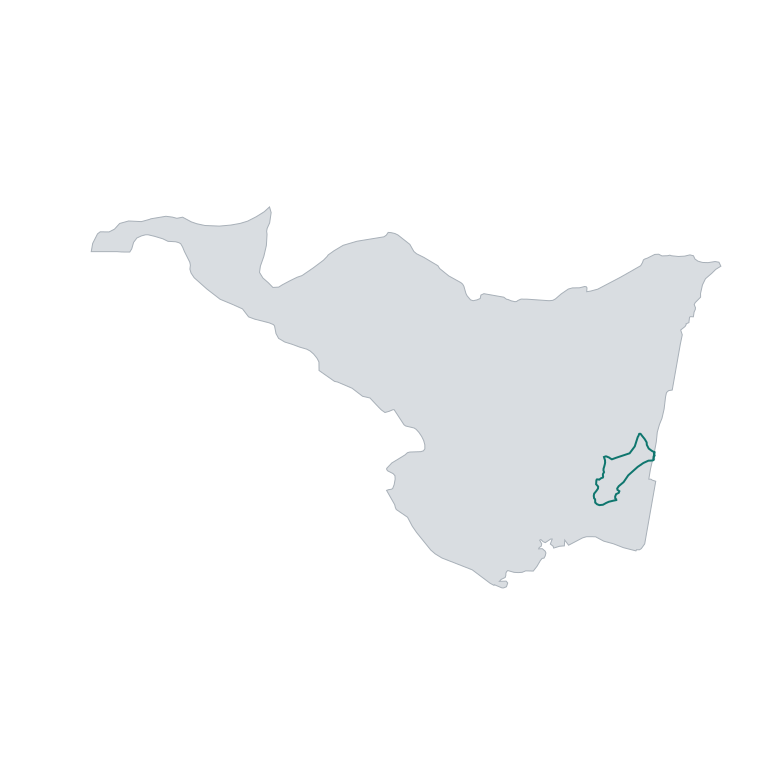 location of Mvila, Sud, Cameroon, rotated 280°
{"feature_id": "32672807B58704883317804", "entity_name": "Mvila", "entity_type": "district", "adm_level": 2, "iso_a3": "CMR", "parent_name": "Cameroon", "parent_adm1": "Sud", "projection": "natural_earth1", "projection_center": [11.499, 2.757], "detail": "fine", "context": "in_parent", "style": "outline", "palette": "teal", "viewbox_px": 768, "rotation_deg": 280, "n_neighbors": 0, "source": "geoboundaries", "source_scale": "gbopen_adm2", "svg_char_len": 5212}
<svg xmlns="http://www.w3.org/2000/svg" viewBox="0 0 768 768"><g transform="rotate(280 384 384)"><path d="M204.8,527.3L206.2,523.1L216.3,503.2L222.7,471.3L225.6,463.9L228.6,458.9L243.4,441.9L248.9,436.5L256.9,430.3L262.5,417.9L264.4,416.6L267.0,415.5L279.7,405.0L280.8,407.0L281.6,409.5L282.6,410.7L286.7,411.5L292.3,411.5L295.6,410.7L297.3,408.6L299.1,402.7L300.1,401.6L301.4,401.3L307.6,405.4L317.8,417.0L320.4,419.0L321.5,421.3L323.7,431.8L325.0,434.4L327.2,435.5L331.1,434.8L335.2,432.9L338.9,430.2L342.4,426.8L344.9,423.6L345.9,421.3L346.4,412.7L347.3,410.8L360.5,398.4L360.2,397.2L358.0,393.8L356.1,389.9L358.0,385.9L360.1,382.9L367.8,372.6L368.2,365.0L374.3,353.3L377.9,337.8L378.0,334.8L386.0,317.7L394.4,316.1L397.6,313.7L401.3,309.5L403.7,305.5L404.9,301.8L405.7,294.5L407.2,286.2L408.1,279.0L410.6,272.3L414.9,268.9L422.2,266.1L423.3,264.8L424.3,260.3L425.4,245.5L426.6,239.0L433.4,231.6L436.3,220.0L439.0,207.9L446.7,193.2L455.7,178.6L459.8,174.7L463.4,172.9L467.4,172.7L470.2,171.6L479.9,164.4L483.9,161.9L486.9,159.4L487.6,157.2L487.9,154.0L487.0,146.5L488.6,140.9L489.6,132.4L490.0,125.7L489.6,123.4L487.8,119.5L484.9,115.3L480.0,112.8L473.3,112.1L469.8,110.7L468.5,103.0L468.0,98.1L463.5,72.7L471.9,72.7L482.1,75.8L484.6,78.1L486.0,86.8L489.7,91.7L496.2,95.8L500.2,104.2L501.8,116.9L505.4,124.5L506.2,125.7L511.3,140.1L511.6,146.7L511.2,151.2L513.3,156.7L510.2,166.1L509.3,171.9L509.0,180.1L510.9,194.4L513.9,205.5L517.2,214.5L520.7,221.4L526.5,229.1L532.8,236.1L538.5,240.5L533.2,243.1L522.8,243.4L516.9,241.9L514.0,241.9L511.2,242.8L500.1,244.1L488.9,243.5L478.6,241.8L472.3,242.0L467.4,246.3L463.5,252.7L459.8,257.8L461.1,263.4L463.9,266.5L469.3,273.4L474.1,280.0L476.5,284.4L486.1,294.2L495.4,302.9L499.8,305.9L501.4,306.6L506.5,311.6L513.5,319.7L519.9,332.6L528.9,358.3L530.9,360.4L534.0,361.8L534.3,364.5L534.1,368.5L533.2,371.8L526.0,385.2L519.7,390.4L517.9,393.5L515.6,401.3L509.8,416.6L507.4,418.7L501.7,429.0L497.2,442.1L496.0,444.1L494.1,445.7L487.5,448.9L485.3,450.5L481.9,454.6L481.5,457.3L483.0,461.0L484.9,463.9L488.4,464.0L490.3,466.7L490.3,486.9L488.7,490.0L488.8,491.3L488.0,494.8L487.8,498.7L488.3,500.2L489.6,501.5L491.4,504.2L492.4,510.4L494.7,532.2L495.7,535.7L497.6,538.1L503.4,542.8L509.5,549.0L511.4,553.0L512.6,559.6L514.9,564.8L514.8,566.5L513.9,567.2L510.1,567.6L511.4,571.4L514.5,578.0L530.1,598.2L545.0,616.2L548.5,617.5L551.2,617.9L552.3,619.0L553.7,621.5L558.6,628.1L559.5,631.9L558.4,635.5L559.6,641.1L560.5,643.1L560.2,645.0L560.7,651.8L562.1,657.8L564.3,662.9L564.0,666.5L561.1,668.5L559.5,671.8L559.0,676.5L559.8,682.1L562.1,688.8L562.1,692.7L558.5,695.3L554.5,690.8L550.1,687.7L543.5,682.3L536.8,680.4L528.2,680.0L524.5,680.7L518.1,676.3L516.1,675.7L513.2,677.5L511.3,677.6L508.8,676.9L503.9,677.0L503.5,673.9L502.6,673.3L497.4,673.6L495.7,671.0L495.0,671.3L492.9,670.5L488.7,666.8L484.2,669.2L474.9,668.9L428.1,668.9L426.9,665.4L424.6,663.7L420.4,663.5L408.0,664.2L398.5,663.7L392.0,662.3L384.1,661.5L374.3,662.2L364.2,662.1L346.3,661.2L336.3,661.3L336.6,663.4L335.9,664.9L335.4,668.5L271.8,668.5L266.6,666.0L265.1,664.4L264.6,661.4L263.4,661.1L264.4,648.2L266.5,637.6L267.4,627.7L270.3,618.8L268.8,610.0L266.9,606.2L257.3,593.8L261.7,589.1L255.9,589.7L254.7,585.1L251.9,579.6L253.6,578.7L255.3,575.6L260.5,576.6L260.3,575.1L255.8,570.4L256.3,568.1L258.1,565.5L257.2,564.4L254.0,567.1L251.6,567.0L249.8,565.2L248.5,564.9L249.3,568.5L247.4,571.7L245.7,572.8L242.7,572.6L240.3,571.8L239.7,570.0L237.4,568.7L231.0,566.3L225.7,563.5L224.6,556.0L222.5,552.7L221.6,549.0L221.1,544.8L221.8,538.3L220.5,537.3L218.9,536.9L216.6,537.2L214.5,536.9L211.9,533.3L209.7,531.9L211.1,538.5L209.5,540.4L205.6,539.8L204.0,537.3L203.7,535.5L205.5,527.5L204.8,527.3Z" fill="#d9dde1" stroke="#a8b0b8" stroke-width="1"/><path d="M325.8,609.9L322.1,610.3L320.2,612.7L318.2,612.9L315.6,611.7L313.4,610.5L312.6,610.0L310.2,610.0L307.9,610.8L307.4,611.5L307.1,611.9L305.9,612.2L303.9,612.6L303.3,613.6L302.6,614.6L302.1,617.1L303.1,620.6L305.4,623.4L307.1,625.9L309.0,630.3L310.0,632.9L310.8,632.7L311.5,631.6L313.3,631.2L315.8,631.7L317.6,634.1L319.3,634.4L320.3,632.3L321.6,631.8L324.1,632.9L329.0,637.0L336.5,640.4L346.4,648.2L351.3,653.2L354.4,657.7L355.2,661.3L355.8,662.6L356.4,662.6L356.8,662.8L356.9,662.5L357.0,662.5L357.2,662.3L357.3,662.3L357.6,662.4L358.2,662.4L358.6,662.5L358.6,662.2L358.8,662.1L359.0,662.1L359.2,662.3L359.5,662.5L359.8,662.3L360.1,662.3L360.2,662.7L360.3,662.7L360.6,662.8L360.8,662.2L361.3,662.2L361.7,662.4L362.1,662.1L362.5,662.3L362.8,662.4L363.1,662.3L363.2,661.9L363.4,661.9L363.8,662.3L364.0,662.2L364.0,661.4L364.6,659.5L366.4,655.9L369.7,653.4L372.1,652.8L374.1,651.1L375.1,650.2L378.0,646.9L378.3,646.6L379.4,645.4L379.5,644.8L379.2,644.0L377.1,643.6L375.8,643.1L366.1,641.8L358.4,637.9L357.0,635.3L351.6,625.3L349.4,621.5L350.0,619.8L350.8,618.1L350.9,617.3L351.3,615.7L351.2,614.8L350.3,613.3L349.3,613.8L349.1,613.9L347.3,614.9L345.4,615.3L345.2,615.4L343.4,615.4L340.9,615.2L340.2,615.1L338.5,614.9L338.2,615.0L337.1,615.1L335.4,616.0L333.8,615.4L333.5,615.3L332.6,615.3L331.0,615.8L330.8,615.9L329.9,615.8L328.8,614.0L327.2,612.6L327.2,611.1L326.9,610.1L326.0,609.9L325.8,609.9Z" fill="none" stroke="#0f766e" stroke-width="2"/></g></svg>